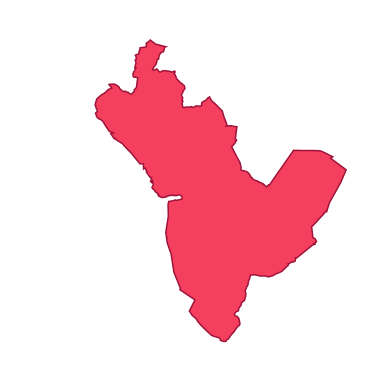 the district of Jiquilpan, Michoacán, Mexico, rotated 34°
{"feature_id": "50627088B31285404529678", "entity_name": "Jiquilpan", "entity_type": "district", "adm_level": 2, "iso_a3": "MEX", "parent_name": "Mexico", "parent_adm1": "Michoacán", "projection": "robinson", "projection_center": [-102.775, 19.967], "detail": "fine", "context": "isolated", "style": "filled", "palette": "rose", "viewbox_px": 384, "rotation_deg": 34, "n_neighbors": 0, "source": "geoboundaries", "source_scale": "gbopen_adm2", "svg_char_len": 5885}
<svg xmlns="http://www.w3.org/2000/svg" viewBox="0 0 384 384"><g transform="rotate(34 192 192)"><path d="M236.7,279.8L254.8,279.8L256.4,292.2L261.2,294.2L264.6,294.6L265.8,294.7L267.4,295.2L268.8,296.0L273.6,297.4L280.4,298.7L284.4,299.3L286.6,299.7L288.5,299.9L291.2,299.3L296.4,297.6L298.2,298.6L298.7,299.1L301.7,298.2L302.7,297.6L303.7,296.8L303.3,295.4L304.2,294.0L304.4,291.8L304.3,289.3L305.0,284.0L304.9,281.8L305.1,277.9L305.1,277.6L305.6,276.8L305.8,275.6L305.6,274.8L305.0,274.0L303.8,272.7L302.4,271.4L301.2,270.4L298.8,269.9L296.7,270.5L295.6,269.7L295.4,266.7L296.6,265.2L296.9,264.3L295.8,262.3L295.9,260.8L295.7,260.0L296.1,259.0L295.7,257.9L295.7,257.5L295.0,256.4L296.1,252.4L294.6,248.1L293.8,246.5L291.4,244.2L291.0,243.6L291.0,241.9L290.4,240.4L290.5,239.0L290.0,237.1L288.5,233.7L288.4,232.2L287.0,228.1L290.4,225.5L292.7,224.5L294.8,223.9L296.9,222.6L298.3,221.5L299.7,220.7L301.1,220.3L303.4,219.2L304.1,218.1L305.5,216.6L306.2,215.4L306.4,214.8L306.7,214.4L307.7,212.3L308.8,211.0L310.7,207.9L311.0,206.9L312.8,198.5L311.8,198.0L314.4,193.6L314.8,193.7L315.8,192.4L316.1,191.5L315.7,190.5L314.9,189.2L314.5,188.9L314.9,188.7L315.2,188.7L315.6,188.3L321.9,167.7L322.1,167.8L322.4,167.5L323.0,166.7L321.7,166.5L321.9,166.1L322.6,166.1L322.9,163.4L322.6,163.3L320.4,162.0L317.5,162.0L315.6,159.7L310.5,153.8L311.0,152.5L313.6,135.7L313.2,135.2L313.5,135.0L314.0,132.8L314.6,132.9L311.9,123.9L309.9,100.2L309.6,99.1L307.4,87.4L288.0,86.5L289.0,84.1L276.2,85.8L275.4,86.2L273.3,87.4L272.8,87.6L265.0,92.7L263.4,93.9L256.7,98.2L253.2,100.6L252.9,100.6L252.9,105.1L252.8,107.1L252.2,143.4L251.4,143.4L251.0,146.2L246.6,145.4L246.4,145.4L246.3,145.6L246.2,145.9L245.6,145.8L243.6,145.7L243.2,145.8L243.0,146.1L242.6,146.2L242.0,146.6L241.3,146.1L240.2,146.2L239.7,146.5L239.3,146.6L238.7,146.8L238.3,146.8L238.0,146.9L236.7,147.2L235.6,147.2L235.1,147.0L234.6,147.0L233.7,146.8L233.6,146.6L233.4,146.6L233.0,146.6L232.7,146.8L232.4,146.8L231.8,146.1L230.5,145.5L229.0,144.9L228.0,144.7L226.8,144.5L225.8,144.6L223.9,145.1L220.9,146.3L220.3,146.2L220.0,145.9L218.3,143.5L216.4,141.7L215.4,140.9L214.1,140.1L212.9,139.5L211.6,138.8L209.8,138.1L208.8,137.4L199.5,132.3L200.3,128.2L200.0,124.1L199.8,123.9L199.7,123.9L198.5,124.2L198.2,123.6L194.7,116.8L192.7,112.7L191.3,113.6L189.2,114.5L187.4,115.1L184.6,117.3L183.6,118.2L183.7,117.2L182.5,116.0L177.8,112.7L177.5,112.7L177.0,112.2L176.3,111.7L175.6,111.0L174.0,109.8L171.9,107.9L165.6,106.7L164.5,106.4L160.7,105.8L158.0,105.5L156.6,105.1L153.4,103.3L152.5,105.4L152.3,107.8L150.2,112.0L150.5,113.3L150.8,113.9L151.6,114.8L151.5,115.3L151.1,116.1L147.1,118.4L146.7,119.6L145.4,121.3L143.4,121.7L143.1,122.7L139.0,125.2L138.7,126.3L137.7,126.8L137.1,126.8L136.8,126.5L136.2,126.1L133.9,123.6L134.0,122.8L133.8,122.1L133.5,121.7L133.2,121.5L132.5,121.5L131.7,119.3L131.3,118.8L130.4,118.5L129.0,117.5L128.7,116.8L128.8,115.2L128.2,112.9L128.4,111.1L128.2,110.1L127.8,109.5L127.2,109.2L126.2,108.2L125.5,108.1L124.1,108.0L123.5,107.8L122.9,107.9L122.4,107.7L121.8,107.7L120.8,107.8L119.3,107.3L116.1,106.8L115.1,106.2L114.4,105.4L114.0,105.4L112.4,104.2L110.9,103.9L110.8,102.7L111.0,101.8L109.9,101.5L108.8,103.2L108.4,103.7L105.5,104.6L103.9,105.4L101.4,106.8L100.4,107.5L99.6,108.4L98.8,110.1L98.5,110.5L98.1,110.6L97.6,110.5L97.1,110.5L96.1,110.1L94.5,109.7L93.9,109.7L93.6,110.1L93.4,110.7L93.0,111.5L92.2,112.5L90.8,112.6L90.8,110.5L90.5,110.3L90.4,110.1L90.4,109.6L90.8,106.8L90.6,105.6L90.4,104.8L89.6,102.9L89.3,102.6L89.2,102.0L89.1,101.5L89.4,101.1L90.0,100.5L88.7,97.9L88.5,97.6L88.3,94.6L88.1,94.0L88.6,93.6L89.7,92.0L89.9,91.3L89.8,90.9L89.5,90.5L89.0,89.0L88.7,88.2L88.5,87.8L88.4,87.1L89.1,86.2L88.4,86.4L85.4,87.6L82.7,88.4L81.8,88.8L81.2,88.9L80.1,89.5L79.7,89.7L75.1,89.5L72.5,89.4L72.6,89.6L70.9,94.3L72.8,96.9L73.0,97.3L68.3,101.4L68.7,102.0L69.4,104.1L69.4,104.5L69.5,105.0L69.7,105.5L70.2,106.1L70.7,106.5L70.2,107.9L69.3,109.0L68.5,110.2L70.1,111.2L70.5,111.9L71.0,112.3L71.2,112.6L71.4,113.0L71.4,113.9L71.2,114.1L71.1,114.4L73.2,116.1L73.7,117.2L74.8,120.4L75.2,121.1L76.1,120.4L76.3,121.6L76.6,123.8L76.5,124.9L76.7,126.0L77.2,127.3L78.0,128.5L78.8,129.2L79.2,129.4L83.0,127.5L87.5,136.5L86.9,139.5L87.4,140.0L87.8,140.9L87.7,141.9L87.5,142.4L87.3,143.8L87.0,144.8L86.5,145.1L84.1,145.3L83.9,145.3L83.6,145.1L83.1,145.1L82.7,145.3L82.1,145.9L81.5,145.8L81.3,145.7L80.6,145.6L79.4,146.6L79.5,146.9L77.7,147.2L74.4,146.7L72.5,145.7L71.4,145.6L69.9,145.6L68.0,145.8L67.0,146.1L65.4,147.4L64.1,148.2L63.6,148.6L63.1,149.4L67.4,150.7L65.1,154.2L64.6,157.8L62.4,162.6L61.0,168.2L62.6,173.1L63.2,174.2L64.0,174.6L65.3,175.7L66.0,176.4L67.2,176.7L68.1,177.7L68.2,178.4L68.2,179.4L68.0,179.8L67.9,180.7L69.5,181.6L70.5,182.7L72.6,183.4L73.4,183.3L74.3,183.4L74.7,183.2L77.3,183.0L79.4,183.6L83.1,185.4L89.3,187.9L90.5,187.8L93.8,187.0L92.0,189.0L97.5,191.3L98.1,191.2L98.4,190.5L99.4,191.0L108.3,190.9L109.2,191.5L120.4,193.9L132.6,197.6L132.8,197.8L134.4,196.9L135.0,196.5L135.8,195.7L139.0,200.0L139.7,198.3L143.1,200.3L142.9,200.9L149.0,203.3L149.9,202.7L149.8,203.2L150.1,203.3L151.2,204.0L151.7,206.5L153.4,206.7L152.8,204.7L153.9,205.2L155.9,207.8L156.2,210.5L156.9,211.0L158.0,211.2L158.0,211.3L158.7,211.4L159.9,211.4L160.5,211.7L161.1,212.3L161.9,212.2L163.3,212.5L163.9,212.1L164.3,212.2L165.2,213.3L165.5,213.2L166.2,213.2L166.5,214.0L166.9,214.0L167.6,213.7L168.8,213.8L170.2,213.2L171.0,213.0L171.4,212.0L172.3,211.6L172.7,210.8L173.7,210.3L173.8,208.9L174.8,208.5L175.1,207.3L176.3,206.9L177.3,205.8L177.4,205.4L177.6,205.5L178.1,205.0L178.8,205.2L181.6,203.3L182.6,201.5L184.4,201.3L186.0,201.4L187.7,203.4L183.6,207.8L182.8,207.8L180.4,210.7L178.0,212.8L178.6,214.3L178.9,215.4L185.9,225.3L192.9,240.2L195.6,243.2L196.7,243.7L196.3,244.0L199.8,247.9L205.8,252.5L209.1,254.8L221.6,268.4L234.7,277.3L236.8,279.1L236.7,279.8Z" fill="#f43f5e" stroke="#9f1239" stroke-width="1.5"/></g></svg>